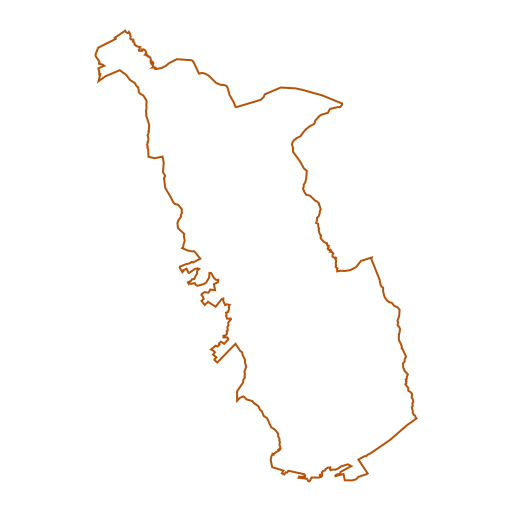 Bulzesti, Dolj, Romania (Natural Earth projection)
{"feature_id": "2599482B75333597382739", "entity_name": "Bulzesti", "entity_type": "district", "adm_level": 2, "iso_a3": "ROU", "parent_name": "Romania", "parent_adm1": "Dolj", "projection": "natural_earth1", "projection_center": [23.863, 44.579], "detail": "fine", "context": "isolated", "style": "outline", "palette": "amber", "viewbox_px": 512, "rotation_deg": 0, "n_neighbors": 0, "source": "geoboundaries", "source_scale": "gbopen_adm2", "svg_char_len": 6015}
<svg xmlns="http://www.w3.org/2000/svg" viewBox="0 0 512 512"><path d="M298.6,477.8L306.9,478.7L308.4,481.3L309.3,481.3L310.1,480.5L311.5,477.5L318.7,477.6L321.5,476.8L322.1,475.3L319.9,475.3L319.9,474.9L321.8,474.5L322.3,472.7L321.9,472.2L323.1,471.0L325.1,470.4L325.3,469.4L327.6,467.7L330.3,467.4L330.0,469.2L330.6,470.2L331.6,469.6L335.1,469.7L337.8,468.7L341.1,466.4L347.8,464.3L351.3,466.1L340.6,471.9L340.1,473.6L336.1,474.8L336.0,475.6L334.5,476.4L343.5,474.0L344.8,480.3L352.0,480.4L355.5,479.5L357.3,478.2L358.2,476.9L366.8,474.1L367.7,473.5L358.4,459.6L364.7,456.1L366.3,456.2L367.2,455.0L371.0,453.0L390.1,439.9L406.6,425.5L416.5,418.4L415.6,417.3L415.2,415.8L413.8,414.7L412.8,413.0L412.7,410.7L411.8,407.3L412.7,406.1L412.4,403.1L413.2,402.1L413.1,400.0L411.6,397.5L412.1,394.7L411.8,393.5L410.0,391.6L408.5,391.0L408.1,389.6L408.5,388.3L405.3,384.2L406.3,383.2L406.0,381.6L406.6,381.1L405.7,379.5L406.8,378.8L406.8,376.8L407.9,374.4L404.4,370.7L404.5,370.2L403.2,367.5L403.0,363.3L404.6,361.6L404.8,358.9L406.1,356.7L402.6,349.2L401.6,348.3L401.9,347.1L400.8,343.7L399.2,340.9L398.7,338.2L399.1,335.1L398.8,334.0L399.5,332.9L400.0,329.1L399.2,326.9L397.6,325.4L398.1,322.1L397.4,320.8L399.1,316.3L399.6,309.8L397.6,307.4L394.0,305.7L392.0,303.0L388.6,301.8L386.9,300.3L384.6,297.1L383.1,291.3L383.1,287.7L381.5,286.6L380.5,284.7L379.6,279.7L371.3,259.0L371.8,257.5L361.0,260.9L356.0,267.1L350.4,270.1L344.6,271.0L340.6,270.7L337.2,271.4L337.1,269.2L337.5,268.4L336.3,267.7L335.6,266.5L336.1,265.5L335.7,263.5L336.2,260.9L335.5,259.6L336.2,258.0L335.7,257.5L334.7,258.0L332.5,256.6L332.6,254.3L333.3,253.3L331.8,251.9L330.2,251.7L331.1,250.7L330.5,249.6L329.2,250.0L328.1,249.4L327.7,248.6L328.6,247.7L328.0,246.7L328.7,245.8L327.0,244.8L327.0,243.3L323.8,241.9L320.8,238.4L320.5,237.7L321.1,235.4L320.3,234.9L319.2,232.5L318.6,229.6L319.2,228.9L318.3,226.9L318.1,223.8L316.1,222.9L317.1,220.1L317.1,217.6L318.6,216.4L319.8,212.9L319.8,211.2L320.7,209.6L319.7,205.9L319.0,205.0L319.1,203.5L316.8,201.3L315.5,201.0L310.1,195.7L306.2,194.8L304.5,192.2L303.0,188.6L303.7,186.8L303.8,184.7L305.3,182.1L306.2,178.9L306.8,170.8L304.0,168.6L299.9,161.2L293.0,151.8L292.9,147.2L291.9,144.6L292.7,141.9L294.1,140.0L295.7,139.2L296.0,138.4L300.5,136.2L303.9,131.5L306.3,129.0L310.1,126.0L314.4,123.8L315.4,120.5L319.2,116.2L321.3,114.8L327.9,112.8L330.0,108.9L337.7,107.1L340.2,107.1L342.1,104.7L342.0,103.5L322.0,95.3L302.2,89.8L295.7,88.4L280.8,87.5L264.8,94.3L263.7,97.0L260.8,99.8L236.1,107.2L235.5,106.9L233.8,102.4L229.5,94.9L227.8,88.4L226.6,86.0L224.5,85.1L220.3,84.7L216.4,83.1L208.6,75.6L205.5,73.8L202.1,72.9L199.0,73.7L193.8,62.5L192.6,60.8L191.4,60.2L176.8,59.2L169.3,63.0L165.9,65.8L161.3,68.1L156.0,69.0L155.8,68.2L154.9,68.6L154.6,67.3L152.5,67.5L153.0,67.1L152.8,65.3L151.7,64.2L153.1,64.1L153.4,63.1L152.5,61.7L151.2,62.4L150.7,62.1L150.5,61.2L151.0,60.4L150.4,57.9L149.4,56.7L148.3,56.8L148.0,55.7L146.7,55.6L146.7,54.7L145.0,54.7L146.3,52.7L145.4,50.7L143.8,49.4L142.2,49.4L142.4,50.4L142.0,51.0L139.0,50.7L138.9,49.8L139.8,48.7L139.5,47.7L140.1,47.1L136.3,46.1L135.5,44.9L134.6,44.7L134.3,42.4L132.9,41.5L133.5,40.4L133.3,39.6L130.8,39.4L130.2,38.6L130.7,36.3L130.1,35.3L130.3,34.2L128.9,31.9L128.1,33.1L127.5,33.1L125.7,31.9L125.2,30.7L114.7,37.8L115.7,38.9L98.2,47.7L95.5,54.4L95.8,56.4L99.2,61.4L99.5,62.4L98.9,63.1L99.0,63.8L102.6,64.6L104.2,65.8L98.4,68.2L99.3,71.9L99.2,74.3L100.3,74.2L98.5,81.2L105.4,76.3L119.8,70.2L126.3,75.0L129.9,79.9L134.8,83.0L136.6,86.2L138.3,87.5L138.8,92.1L140.1,93.7L143.3,95.5L146.1,99.8L146.7,101.8L146.3,104.6L146.5,108.8L146.0,110.4L146.4,116.2L149.2,124.8L148.8,130.7L148.4,131.2L148.9,131.9L147.6,135.4L148.4,138.0L148.2,141.1L147.5,141.9L147.8,142.5L147.1,144.6L147.8,146.8L147.3,147.3L148.2,149.6L148.5,156.8L154.7,158.2L162.5,156.6L163.7,162.4L163.0,172.2L165.2,175.9L164.0,178.2L165.2,187.8L171.1,197.9L173.1,202.1L174.7,203.9L178.2,204.8L181.8,209.2L181.6,211.2L182.0,212.8L180.9,214.9L180.9,216.9L178.2,220.6L177.4,223.3L178.0,228.2L184.3,234.0L183.8,235.7L184.7,240.8L183.4,245.0L183.2,247.1L182.2,248.1L187.2,250.3L191.5,251.3L194.3,251.3L200.3,258.7L192.8,262.5L191.7,261.9L189.6,263.4L186.0,264.2L179.9,266.6L179.7,267.5L180.5,269.2L182.4,272.2L183.6,270.9L183.4,270.2L186.6,268.7L188.3,272.5L189.0,273.0L194.7,269.0L197.7,268.3L199.2,268.9L197.2,270.8L197.0,273.9L195.5,276.0L194.3,279.0L192.1,279.2L191.0,280.9L187.9,282.3L188.8,284.0L189.5,283.3L191.0,283.9L194.7,283.1L195.9,285.0L197.6,285.8L204.0,284.0L206.1,282.6L209.2,277.5L209.4,272.9L211.2,273.1L214.1,278.2L216.2,279.9L218.2,279.8L218.0,282.2L213.9,284.1L215.1,290.2L210.3,289.5L209.1,291.8L208.1,292.7L204.6,292.1L201.7,294.1L201.4,294.9L202.8,296.6L203.7,298.9L201.5,300.8L204.7,305.0L208.0,301.8L215.6,306.7L221.7,299.2L223.3,298.5L223.3,300.9L225.1,305.1L227.0,304.2L229.7,305.0L228.8,305.9L229.1,309.3L228.2,310.8L228.2,311.9L226.0,312.7L226.6,315.1L226.0,315.9L227.1,318.7L230.7,318.6L231.0,319.1L228.2,322.6L228.5,325.3L227.3,326.9L227.8,330.6L226.7,331.3L227.0,333.7L225.4,335.4L223.4,335.8L223.5,337.5L227.4,337.4L228.3,339.4L224.1,343.8L221.0,341.7L218.9,343.5L218.8,344.4L219.4,344.8L217.6,346.5L215.6,345.7L211.0,349.5L214.2,351.3L214.9,352.3L213.0,354.6L216.4,357.3L214.4,359.5L214.6,360.1L217.3,362.5L235.5,343.8L240.4,351.2L242.2,352.3L242.5,354.7L245.0,359.7L245.0,362.7L246.2,366.8L244.4,371.6L244.9,374.1L244.5,376.5L244.9,377.5L243.4,379.6L243.1,382.5L237.1,391.2L237.1,400.7L240.0,397.7L243.6,396.4L246.4,399.3L252.4,401.1L253.7,402.9L258.6,406.4L260.0,409.8L261.9,411.3L263.6,415.8L267.1,418.2L271.1,427.2L275.1,429.8L278.1,433.7L278.2,436.5L279.5,438.7L279.3,440.8L279.9,441.8L279.5,444.9L280.6,448.1L278.8,449.4L279.8,449.8L279.1,450.6L277.0,451.5L273.6,454.1L272.6,453.7L272.5,454.3L273.0,454.8L272.1,455.0L271.3,456.4L270.7,459.9L272.2,467.2L283.4,470.6L281.9,473.3L284.3,474.5L285.6,472.4L287.1,472.5L288.5,470.8L304.3,474.2L305.2,475.4L304.9,476.6L303.2,476.4L302.7,477.1L299.1,476.6L298.6,477.8Z" fill="none" stroke="#b45309" stroke-width="2"/></svg>